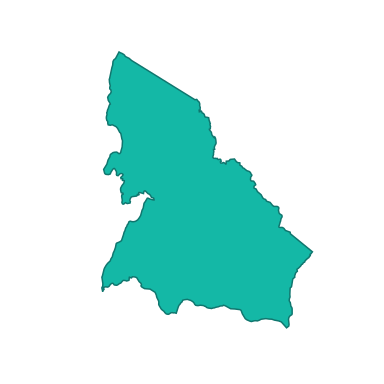 Abangares, Guanacaste, Costa Rica (orthographic projection), rotated 79°
{"feature_id": "36466004B17800837418236", "entity_name": "Abangares", "entity_type": "district", "adm_level": 2, "iso_a3": "CRI", "parent_name": "Costa Rica", "parent_adm1": "Guanacaste", "projection": "orthographic", "projection_center": [-85.008, 10.251], "detail": "fine", "context": "isolated", "style": "filled", "palette": "teal", "viewbox_px": 384, "rotation_deg": 79, "n_neighbors": 0, "source": "geoboundaries", "source_scale": "gbopen_adm2", "svg_char_len": 6118}
<svg xmlns="http://www.w3.org/2000/svg" viewBox="0 0 384 384"><g transform="rotate(79 192 192)"><path d="M250.2,103.3L247.6,107.6L245.3,108.7L244.2,109.8L243.9,110.6L243.6,112.5L243.1,113.3L242.3,113.3L240.8,112.4L238.0,111.0L237.7,110.7L235.0,109.6L234.0,108.6L233.1,108.2L232.0,108.2L230.0,110.2L228.9,110.6L226.3,110.6L224.4,109.8L223.6,109.9L222.8,110.6L222.4,111.2L221.7,114.5L220.3,115.6L217.1,117.3L215.6,120.0L215.0,120.7L214.1,120.9L213.4,121.2L213.0,121.8L212.8,122.4L211.4,123.6L207.8,124.7L204.1,127.7L201.3,128.5L200.1,130.3L199.4,130.3L198.2,130.0L197.8,129.5L197.1,128.1L196.6,128.1L195.6,128.3L193.2,129.4L192.9,130.0L192.5,131.7L191.6,132.2L190.9,132.2L188.7,131.6L187.2,130.1L186.4,130.1L185.4,130.7L184.1,130.9L183.5,131.3L182.7,132.0L181.6,134.0L179.8,135.6L178.8,136.3L178.0,137.5L176.2,138.2L174.8,139.8L172.5,139.5L171.9,141.4L170.8,142.6L167.7,144.0L167.3,148.2L168.6,150.0L168.3,152.5L170.3,153.0L171.0,153.3L171.0,153.5L169.7,154.6L169.0,155.7L169.4,156.8L169.1,158.2L168.3,158.4L167.6,158.3L167.4,157.5L165.7,157.6L165.2,158.0L165.1,160.1L164.8,160.5L163.8,160.9L163.8,161.8L163.4,162.5L163.1,164.3L161.8,165.0L159.3,163.7L157.9,163.5L156.7,162.9L154.3,162.8L154.4,161.6L152.5,161.6L152.1,161.5L150.4,160.4L149.5,159.5L148.5,159.0L145.5,158.7L143.8,158.7L142.3,159.1L142.2,159.2L143.0,159.8L142.3,160.4L141.5,160.6L140.5,161.2L139.4,161.6L137.0,161.6L134.3,163.0L133.7,163.0L133.6,162.3L133.2,161.9L132.2,161.7L131.3,161.3L129.3,161.5L128.0,160.9L127.5,161.3L126.5,161.2L125.2,161.5L122.2,161.5L122.0,162.2L121.4,163.1L121.2,164.2L120.6,165.0L118.7,165.1L117.7,165.4L116.8,166.1L116.4,166.9L114.5,167.3L114.7,169.5L113.0,169.4L113.0,168.3L112.3,168.3L110.7,167.8L108.5,168.0L107.2,167.6L106.3,167.6L104.8,168.0L103.7,168.9L102.3,169.5L102.0,169.7L102.0,171.5L51.4,226.2L48.8,228.2L46.8,230.9L45.9,231.8L45.0,232.0L44.0,232.7L42.4,234.5L41.8,235.6L40.6,236.9L46.4,241.6L47.3,243.4L48.7,244.6L52.4,245.7L54.6,246.9L64.8,251.2L65.5,251.7L68.8,252.1L72.4,252.0L73.3,252.7L74.7,253.0L75.4,252.9L76.1,252.2L78.3,252.2L79.7,253.2L81.0,255.1L82.9,256.7L86.1,256.7L88.5,255.8L90.1,255.4L90.5,256.1L91.0,256.6L94.2,258.4L95.6,259.4L96.6,259.7L98.0,260.6L99.6,260.6L101.6,261.6L103.1,262.0L105.2,262.0L106.7,261.3L109.0,261.6L110.2,261.4L110.4,260.5L110.9,259.7L110.8,257.4L113.4,254.0L115.3,252.9L119.6,251.6L120.5,250.9L121.4,250.7L126.6,250.7L127.5,250.5L128.7,250.5L134.5,252.0L138.2,253.9L139.5,254.4L140.5,255.6L140.4,256.4L138.5,258.2L138.2,259.8L138.2,261.9L139.5,264.8L140.3,265.4L141.4,265.7L142.0,266.1L144.6,268.3L148.5,270.3L152.9,274.4L156.8,274.2L157.8,273.7L158.3,273.0L159.0,270.6L158.7,268.8L157.0,267.7L154.9,265.7L154.1,264.6L154.0,263.9L154.5,263.4L157.2,262.4L158.8,262.4L160.5,262.9L161.3,262.7L161.9,261.5L160.3,259.0L160.3,258.2L160.6,257.2L161.5,256.4L162.0,256.4L162.5,256.9L163.4,257.9L164.0,259.0L164.4,259.2L165.4,259.1L165.4,258.3L165.7,257.6L166.0,257.5L166.7,258.0L167.2,258.1L167.5,257.8L168.0,256.3L169.0,256.5L170.6,257.5L172.2,259.4L174.6,261.3L176.1,261.7L178.4,261.7L179.4,261.5L179.9,260.1L180.8,260.0L181.1,260.1L181.5,261.5L182.9,261.9L186.8,262.0L188.8,262.8L190.1,262.6L190.8,262.0L190.7,261.0L189.9,259.7L189.8,259.3L191.0,257.8L191.0,254.9L189.6,254.3L188.9,254.6L188.1,254.6L186.4,253.6L185.5,252.7L185.2,252.1L185.2,250.8L185.4,247.1L185.0,246.6L184.0,246.1L184.1,245.8L184.7,245.4L184.5,244.5L183.1,244.6L182.4,244.3L182.5,243.5L182.8,242.8L184.3,239.9L182.9,239.4L182.0,238.7L181.9,238.0L182.1,237.6L185.2,235.5L186.3,234.0L188.4,233.1L189.4,232.9L190.7,230.8L192.5,230.7L192.4,231.6L190.9,234.6L189.6,236.4L189.6,237.1L192.4,239.6L193.9,241.2L198.7,243.1L200.4,244.5L205.3,246.9L207.2,248.6L209.0,250.6L210.0,253.1L210.0,255.3L209.6,256.7L208.9,258.0L208.9,258.8L209.2,259.6L211.0,260.7L211.9,261.8L213.6,262.8L214.6,263.9L217.3,265.3L218.5,266.3L221.0,267.5L226.3,270.5L227.2,272.7L227.8,275.7L228.3,276.3L231.8,277.7L234.9,279.5L236.9,281.0L240.4,282.6L242.1,284.3L244.0,285.4L245.9,288.4L247.5,290.2L250.0,292.4L251.1,293.1L256.1,295.4L257.9,296.3L258.3,296.7L265.0,297.0L267.3,297.6L268.9,298.8L273.0,298.7L272.0,298.3L271.4,297.8L270.9,297.0L268.8,297.0L268.7,296.7L268.6,294.7L269.2,293.3L269.1,292.1L268.6,291.2L267.1,289.7L266.4,288.2L266.5,287.2L266.8,286.8L268.2,286.2L268.6,285.6L269.2,283.6L268.8,282.2L268.1,280.8L267.8,279.3L266.4,277.6L265.7,276.5L265.7,275.8L266.3,274.1L266.9,273.1L266.7,270.9L266.5,270.6L263.7,269.8L263.7,269.5L264.8,268.1L264.6,267.5L263.8,266.8L264.4,264.6L264.9,263.5L265.6,262.6L269.9,261.0L271.9,259.5L273.6,259.3L274.1,259.9L274.9,259.9L275.8,259.3L277.8,257.0L279.3,251.7L283.4,247.4L286.4,246.7L288.2,246.7L289.7,246.4L292.5,245.6L293.8,245.6L295.8,246.1L296.9,246.0L300.9,244.6L301.7,244.1L303.9,242.2L305.2,241.7L306.8,240.5L307.5,238.8L307.5,238.0L306.6,235.9L306.6,234.5L307.1,233.5L307.2,232.3L308.0,230.6L302.5,227.6L300.7,226.4L300.0,225.3L299.0,224.5L297.9,222.7L296.5,221.8L296.3,220.0L296.5,217.1L298.3,213.7L298.7,213.4L299.6,212.3L301.2,211.2L302.7,210.8L303.9,210.0L304.5,208.5L304.7,207.4L304.7,205.4L305.7,202.3L306.4,201.6L306.9,200.5L308.0,199.8L308.5,199.1L309.1,197.9L309.6,196.3L310.1,195.2L309.9,193.4L310.0,191.9L309.7,190.7L309.7,188.0L309.3,186.0L309.6,183.6L309.1,182.9L309.9,181.2L314.0,176.3L315.0,172.3L316.7,167.2L317.6,166.4L321.3,165.8L326.5,163.9L327.9,162.6L330.0,159.5L330.5,158.4L330.3,155.5L330.5,153.9L331.0,152.5L330.8,150.8L330.1,148.4L330.3,144.7L330.4,143.6L331.4,140.7L332.1,137.9L333.5,135.5L335.1,131.5L336.6,129.1L343.4,125.1L342.1,122.6L340.5,122.0L335.6,121.6L333.7,120.9L332.4,119.6L331.4,117.3L330.5,116.9L325.8,116.0L325.0,116.0L324.2,116.1L323.2,116.7L319.2,116.6L318.4,117.0L317.2,117.3L315.4,116.8L313.8,115.8L311.2,115.5L305.4,114.1L304.7,113.7L304.1,112.5L303.7,112.3L297.2,109.9L296.5,109.5L295.2,107.3L294.1,107.3L291.6,105.9L290.9,105.4L289.9,103.7L288.0,103.8L287.7,103.4L287.1,102.0L285.7,99.9L285.1,99.1L284.1,98.4L283.9,97.3L282.6,96.1L282.3,94.8L281.4,94.3L280.4,93.2L280.2,92.5L279.4,91.6L278.7,89.8L277.5,88.9L277.1,88.0L275.7,88.0L275.5,87.2L273.7,85.2L251.8,103.4L250.2,103.3Z" fill="#14b8a6" stroke="#0f766e" stroke-width="1.5"/></g></svg>